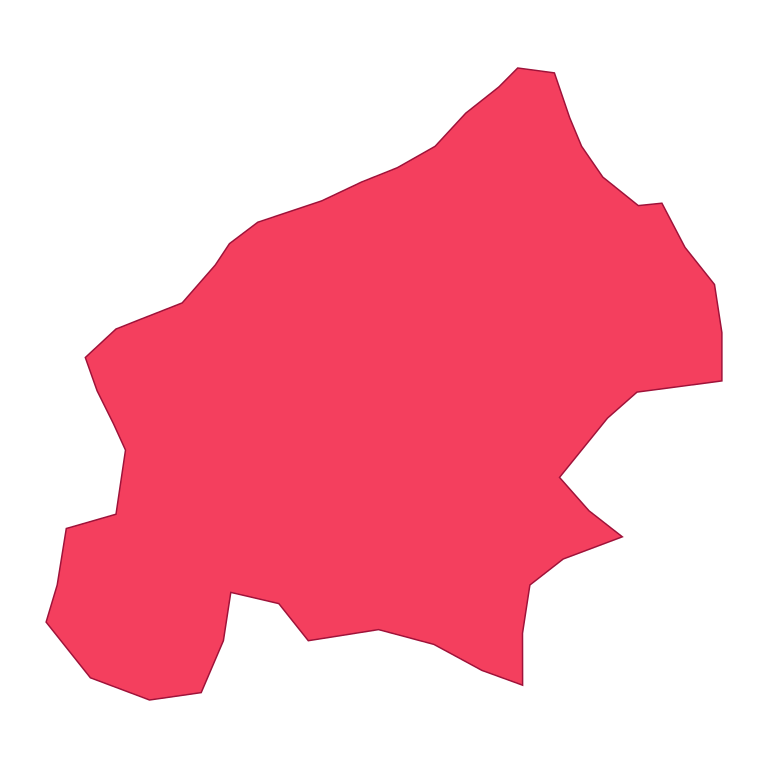 the district of Astromeritis, Nicosia, Cyprus
{"feature_id": "46923920B14143011196378", "entity_name": "Astromeritis", "entity_type": "district", "adm_level": 2, "iso_a3": "CYP", "parent_name": "Cyprus", "parent_adm1": "Nicosia", "projection": "albers", "projection_center": [33.031, 35.133], "detail": "fine", "context": "isolated", "style": "filled", "palette": "rose", "viewbox_px": 768, "rotation_deg": 0, "n_neighbors": 0, "source": "geoboundaries", "source_scale": "gbopen_adm2", "svg_char_len": 769}
<svg xmlns="http://www.w3.org/2000/svg" viewBox="0 0 768 768"><path d="M661.9,203.2L638.3,205.6L602.8,177.1L581.6,146.3L569.7,117.8L554.4,72.9L517.7,68.0L498.8,87.0L465.8,113.1L435.1,146.3L397.3,167.7L361.8,181.9L321.6,200.9L257.8,222.2L229.5,243.6L215.3,265.0L182.2,302.9L139.7,319.6L116.0,329.0L85.3,357.5L97.1,390.8L113.6,424.0L125.5,450.1L116.0,514.2L66.3,528.5L57.2,585.0L46.1,622.1L65.9,647.0L68.2,649.9L90.4,677.8L123.0,690.0L149.5,700.0L201.2,692.6L223.4,640.7L230.8,592.4L278.8,603.6L308.3,640.7L378.5,629.6L433.9,644.4L481.9,670.4L522.6,685.2L522.5,633.3L529.9,585.0L563.2,559.0L622.3,536.8L589.0,510.8L559.5,477.4L607.5,418.1L637.0,392.1L721.9,380.9L721.9,332.7L714.5,284.5L685.0,247.4L661.9,203.2Z" fill="#f43f5e" stroke="#9f1239" stroke-width="1.5"/></svg>